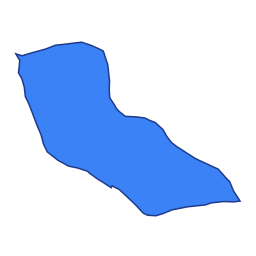 the district of Egor, Edo, Nigeria, rotated 264°
{"feature_id": "59680162B99535636657731", "entity_name": "Egor", "entity_type": "district", "adm_level": 2, "iso_a3": "NGA", "parent_name": "Nigeria", "parent_adm1": "Edo", "projection": "orthographic", "projection_center": [5.585, 6.346], "detail": "fine", "context": "isolated", "style": "filled", "palette": "blue", "viewbox_px": 256, "rotation_deg": 264, "n_neighbors": 0, "source": "geoboundaries", "source_scale": "gbopen_adm2", "svg_char_len": 1073}
<svg xmlns="http://www.w3.org/2000/svg" viewBox="0 0 256 256"><g transform="rotate(264 128 128)"><path d="M213.5,24.2L206.5,27.4L200.0,26.1L194.5,24.8L187.7,27.7L179.5,29.1L170.0,29.2L161.8,32.1L150.9,35.0L139.9,37.9L130.4,40.8L120.8,42.3L112.7,45.2L103.1,55.1L96.3,64.9L93.6,73.4L89.3,83.0L86.9,85.2L80.2,92.7L76.0,98.2L70.4,105.0L72.1,106.1L67.8,112.8L59.6,119.9L51.4,127.0L50.9,127.4L41.9,134.1L39.2,138.3L37.8,146.7L39.2,153.7L42.0,163.5L43.4,178.8L43.4,188.6L43.4,197.0L44.8,202.6L44.9,215.2L43.5,225.1L43.6,231.8L54.5,226.3L64.0,223.5L69.5,219.2L77.6,213.5L88.5,195.2L91.2,191.0L104.8,174.1L106.0,172.9L108.9,169.8L115.8,165.6L122.6,162.7L130.7,155.6L133.5,150.0L136.2,145.8L137.2,141.6L137.7,139.5L138.2,137.2L139.9,126.5L145.4,120.9L148.9,118.4L151.9,117.2L160.0,113.0L167.5,113.3L177.1,114.6L178.7,114.6L179.5,114.5L184.7,114.5L185.3,114.5L189.7,114.5L193.5,114.4L200.3,112.9L207.1,111.5L209.8,107.3L213.9,100.2L218.2,90.8L217.9,68.0L217.9,64.6L215.1,54.0L213.7,45.6L212.3,37.2L210.9,30.2L213.5,24.2Z" fill="#3b82f6" stroke="#1e3a8a" stroke-width="1.5"/></g></svg>